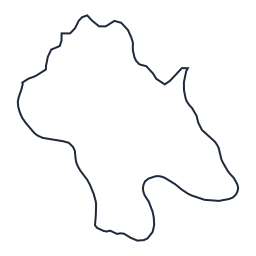 Hoechang, P'yŏngan-namdo, North Korea
{"feature_id": "82179303B89029266614527", "entity_name": "Hoechang", "entity_type": "district", "adm_level": 2, "iso_a3": "PRK", "parent_name": "North Korea", "parent_adm1": "P'yŏngan-namdo", "projection": "orthographic", "projection_center": [126.448, 39.075], "detail": "fine", "context": "isolated", "style": "outline", "palette": "slate", "viewbox_px": 256, "rotation_deg": 0, "n_neighbors": 0, "source": "geoboundaries", "source_scale": "gbopen_adm2", "svg_char_len": 1510}
<svg xmlns="http://www.w3.org/2000/svg" viewBox="0 0 256 256"><path d="M22.3,82.6L22.8,84.0L21.3,89.8L18.7,97.3L17.8,101.6L18.1,105.9L19.1,110.2L20.8,114.7L22.2,117.9L25.9,123.1L34.3,133.0L37.5,135.5L42.8,137.9L63.4,141.3L68.8,142.8L73.0,146.9L74.8,150.7L75.6,158.7L76.3,162.5L77.6,165.8L80.2,170.5L87.2,179.7L90.0,184.9L93.7,193.9L95.8,201.6L96.1,204.7L95.8,215.4L95.0,225.3L97.1,227.9L103.5,230.9L106.5,231.5L110.2,230.7L117.0,233.9L120.6,233.3L124.0,233.7L130.7,237.8L137.4,240.6L140.2,240.4L143.9,240.1L147.5,238.4L152.6,232.0L154.2,225.1L153.8,217.8L152.6,211.7L148.8,201.7L144.6,195.2L143.4,191.8L142.9,188.5L143.4,185.1L145.0,181.4L148.5,178.6L155.4,176.3L158.7,176.1L162.0,176.7L165.1,178.0L175.3,184.3L181.5,189.4L187.9,193.7L191.4,195.4L204.5,199.8L218.9,200.9L229.1,199.0L232.8,197.5L236.0,194.5L237.5,191.3L238.2,188.0L237.3,184.4L233.8,177.9L229.9,173.8L227.4,170.4L222.9,162.6L221.4,159.4L218.8,148.4L217.3,145.2L215.0,141.8L201.9,129.9L198.3,122.8L196.5,115.7L192.0,108.0L189.1,104.9L186.6,101.1L185.5,97.9L184.0,90.3L183.9,82.2L186.2,71.2L187.8,68.2L181.9,68.1L175.1,75.4L170.0,80.8L164.8,84.4L156.4,78.9L153.0,73.5L146.3,66.2L139.5,64.4L136.1,60.8L134.4,57.2L132.8,49.9L132.9,42.7L131.2,37.2L127.9,30.0L124.5,26.3L121.1,22.7L119.4,22.3L114.4,20.9L105.8,26.3L99.0,26.3L92.3,20.8L87.2,15.4L82.1,17.2L78.7,20.8L75.2,28.0L70.1,33.4L61.6,33.4L61.5,40.6L59.8,46.0L51.2,49.6L47.8,56.9L46.0,65.9L45.9,69.5L37.4,74.9L34.0,76.7L28.8,78.5L22.3,82.6Z" fill="none" stroke="#1e293b" stroke-width="2"/></svg>